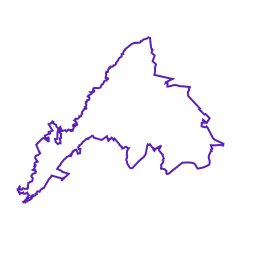 the district of Socoltenango, Chiapas, Mexico, rotated 101°
{"feature_id": "50627088B25618251914079", "entity_name": "Socoltenango", "entity_type": "district", "adm_level": 2, "iso_a3": "MEX", "parent_name": "Mexico", "parent_adm1": "Chiapas", "projection": "albers", "projection_center": [-92.326, 16.102], "detail": "fine", "context": "isolated", "style": "outline", "palette": "violet", "viewbox_px": 256, "rotation_deg": 101, "n_neighbors": 0, "source": "geoboundaries", "source_scale": "gbopen_adm2", "svg_char_len": 5966}
<svg xmlns="http://www.w3.org/2000/svg" viewBox="0 0 256 256"><g transform="rotate(101 128 128)"><path d="M207.5,202.6L205.2,201.9L203.2,199.9L203.1,199.2L193.1,195.8L191.0,194.4L189.3,193.9L190.2,182.9L191.7,183.0L191.7,182.6L190.7,182.2L190.0,181.4L189.4,181.9L188.1,180.2L184.3,177.5L183.5,184.5L182.7,185.1L181.7,189.7L179.0,188.7L178.5,188.1L176.6,187.1L175.7,187.1L171.0,184.7L169.2,183.1L168.2,182.7L166.6,180.4L166.5,178.9L166.0,179.1L165.8,179.6L165.3,179.5L165.1,179.0L165.4,178.5L165.1,178.3L164.2,178.7L163.8,178.1L162.7,178.1L161.9,177.4L161.7,177.7L160.9,177.3L159.8,176.1L160.0,175.9L159.2,174.8L160.8,173.4L162.8,172.3L161.9,170.3L157.6,170.8L158.0,172.5L156.2,173.2L154.5,172.1L154.5,172.4L154.2,172.4L154.1,172.0L152.9,170.9L150.5,169.7L146.8,166.8L146.5,165.7L146.3,166.0L144.2,163.2L142.5,161.8L142.3,161.1L144.0,159.7L144.8,151.5L140.1,147.1L144.3,144.8L142.8,143.7L142.4,144.2L141.8,143.1L140.6,142.3L142.5,139.9L141.5,139.9L140.9,139.2L145.3,133.8L146.2,133.1L146.1,132.9L147.7,131.0L147.6,130.7L147.8,130.4L149.3,129.6L148.4,128.2L147.5,127.7L146.8,126.2L147.9,124.4L147.7,123.4L149.7,124.3L151.1,124.5L154.4,124.1L155.6,123.4L157.4,123.3L159.2,123.8L163.5,121.6L166.6,118.6L166.9,117.3L166.5,116.0L158.1,110.8L153.5,107.0L150.3,105.7L141.1,105.7L140.2,105.4L140.6,104.2L139.8,103.4L143.6,99.2L143.1,99.0L144.3,97.9L144.7,97.9L144.2,98.4L144.6,98.7L145.2,98.0L144.9,97.8L144.1,97.8L143.9,96.9L143.1,96.9L141.7,95.3L142.8,95.0L141.3,94.8L138.8,92.0L139.7,92.6L140.2,92.3L142.6,93.3L143.7,93.3L144.8,92.6L145.7,91.1L146.6,90.5L147.3,88.8L148.6,88.7L151.0,87.0L152.8,87.7L153.1,87.2L154.0,86.9L155.9,87.4L158.1,88.5L159.0,88.0L161.4,87.9L161.8,87.6L161.3,86.9L161.5,84.1L162.4,83.2L162.6,82.2L165.0,81.7L165.7,81.1L165.2,79.5L151.7,68.1L150.3,62.1L149.9,58.4L150.1,57.0L150.7,55.4L154.6,51.9L152.7,47.2L150.3,43.5L148.5,41.3L146.2,41.2L144.7,41.6L141.6,43.2L139.5,43.3L134.5,42.1L134.5,41.7L133.3,42.4L132.9,41.6L132.1,41.4L129.1,43.4L128.5,39.6L127.1,34.4L127.0,31.3L125.3,31.3L123.0,40.4L121.9,42.5L112.3,50.1L111.5,51.1L112.5,51.7L112.4,56.0L108.8,56.6L108.2,54.0L106.0,56.1L105.5,56.0L108.1,51.8L102.8,49.7L99.5,54.5L100.2,55.5L96.1,61.8L95.2,61.0L85.1,75.0L81.4,76.1L79.0,75.2L77.9,75.7L77.2,75.6L76.6,75.0L75.9,75.2L77.1,85.8L76.7,87.2L77.0,90.9L79.4,95.7L79.8,97.2L75.7,97.9L76.8,99.6L75.7,99.4L71.4,93.6L70.8,112.2L66.4,112.3L63.8,113.1L60.2,112.6L57.7,116.6L51.7,115.6L49.7,119.1L47.7,119.3L47.0,118.9L47.0,119.4L45.7,119.7L45.0,120.6L35.3,123.6L35.2,125.4L36.7,126.7L38.2,129.8L40.2,131.2L40.4,132.1L41.5,132.2L42.0,133.0L43.2,137.0L43.0,137.4L44.8,140.4L51.4,145.9L52.2,145.8L52.7,146.5L54.1,146.9L55.8,147.2L56.3,146.9L56.7,148.3L59.1,147.9L61.2,150.1L63.7,150.7L66.3,152.2L66.9,151.9L68.3,152.5L69.0,153.1L69.2,154.1L70.6,154.6L70.9,155.3L70.9,156.6L71.0,157.0L71.5,156.9L72.2,157.8L72.8,157.3L74.1,158.5L76.9,158.5L76.9,159.9L77.6,159.8L78.1,160.2L80.0,159.5L83.0,159.6L83.0,157.6L83.2,157.0L83.5,156.9L83.8,157.0L83.9,158.5L85.5,158.1L85.9,159.5L86.8,160.4L89.1,160.7L89.9,161.2L90.3,162.1L92.6,162.5L93.8,163.1L94.7,165.3L94.9,167.9L95.7,169.6L97.7,169.5L98.0,169.2L97.8,168.3L98.6,168.1L99.8,169.3L100.3,170.4L99.8,170.5L100.0,171.6L100.9,170.2L101.2,170.2L102.3,171.2L102.8,172.2L103.2,172.5L104.1,172.4L104.3,173.4L104.6,173.6L105.6,171.9L106.3,171.4L107.6,171.7L108.3,172.2L108.3,173.2L108.9,173.7L110.4,173.4L111.7,174.1L112.1,173.7L111.7,174.2L112.3,174.1L113.0,173.3L114.0,173.2L114.9,173.5L115.3,174.0L116.2,172.8L116.8,172.6L117.2,172.9L116.6,173.9L117.2,174.6L119.0,175.0L120.3,175.9L122.0,176.2L122.7,175.6L123.6,176.2L125.6,176.5L126.0,177.4L125.8,178.0L127.0,177.9L128.1,178.6L129.0,180.3L129.0,181.3L129.8,181.2L130.8,182.2L131.7,180.3L132.9,179.3L133.7,179.2L134.3,178.6L134.9,178.8L136.2,180.3L135.5,180.9L135.8,181.3L135.6,181.5L135.0,180.9L134.4,181.2L135.2,182.1L135.9,182.3L135.3,183.3L136.5,182.0L138.3,181.3L139.5,181.7L140.4,181.7L140.7,182.9L141.5,182.2L141.9,183.0L140.9,186.2L143.2,187.8L142.1,189.1L143.5,192.1L140.0,194.7L140.9,195.1L144.0,193.6L144.3,194.4L145.4,194.4L146.4,192.6L146.9,192.4L147.3,192.6L150.0,192.0L150.0,192.6L150.3,192.0L150.8,192.1L151.2,193.0L154.7,191.5L155.3,191.7L155.9,191.4L156.1,192.8L157.2,193.8L155.8,196.0L152.8,197.6L152.1,195.3L145.9,196.4L142.5,196.1L141.1,197.2L140.4,198.4L138.8,199.1L137.5,202.6L136.9,202.7L136.4,202.4L135.9,203.4L138.3,204.6L139.4,206.6L145.0,201.5L147.2,205.1L147.7,204.7L147.4,204.3L148.0,203.6L148.3,204.0L148.5,203.7L148.8,204.1L148.6,204.3L151.3,208.1L154.0,207.0L152.5,204.3L153.0,203.9L154.2,203.7L154.4,204.4L155.9,203.3L156.3,203.8L153.8,208.8L155.0,210.3L161.9,214.9L168.5,210.6L168.4,210.3L169.6,209.4L171.9,211.2L172.7,213.0L174.0,213.6L175.4,213.3L178.3,210.3L179.1,212.1L180.1,212.8L180.6,213.0L181.4,212.7L182.1,212.0L182.4,210.7L182.7,212.6L183.6,212.7L184.1,212.0L184.9,212.0L186.6,212.8L187.4,213.5L187.5,213.1L187.0,212.6L187.4,211.7L187.2,211.0L187.9,210.9L188.3,210.0L189.8,210.2L191.2,212.8L193.6,213.8L194.3,213.3L195.3,211.9L197.9,211.8L198.9,212.4L199.4,213.5L201.0,215.4L201.6,215.1L203.4,215.4L204.4,214.9L205.8,214.8L207.0,215.1L206.8,216.2L207.5,217.8L207.1,219.6L207.4,220.0L208.7,220.3L209.1,221.4L208.9,222.3L207.5,222.9L206.2,223.0L206.0,223.3L209.1,224.1L209.2,224.7L209.9,224.5L211.1,223.3L211.2,222.9L211.7,223.1L213.3,221.5L212.7,221.3L212.2,221.5L212.4,220.8L212.0,219.5L212.1,219.1L211.5,218.6L212.1,218.4L212.4,217.4L211.6,215.7L211.8,215.6L211.6,215.0L210.8,214.6L213.2,212.4L215.2,213.6L215.3,213.0L215.9,214.0L216.2,214.0L216.4,213.3L216.9,214.0L217.9,214.4L218.9,215.5L219.8,215.4L220.4,216.7L220.8,216.3L220.4,215.9L220.8,214.8L219.7,214.1L219.5,213.0L218.5,212.6L217.6,210.9L217.2,210.9L215.7,209.2L215.1,209.0L215.0,209.8L214.5,210.0L214.1,209.9L214.0,209.5L212.9,209.9L212.2,208.7L212.4,208.4L213.2,208.8L213.0,207.9L212.0,207.8L212.2,206.6L211.8,206.1L211.4,205.9L210.4,206.1L210.3,205.0L209.4,205.5L207.5,204.9L207.3,204.4L207.5,202.6Z" fill="none" stroke="#5b21b6" stroke-width="2"/></g></svg>